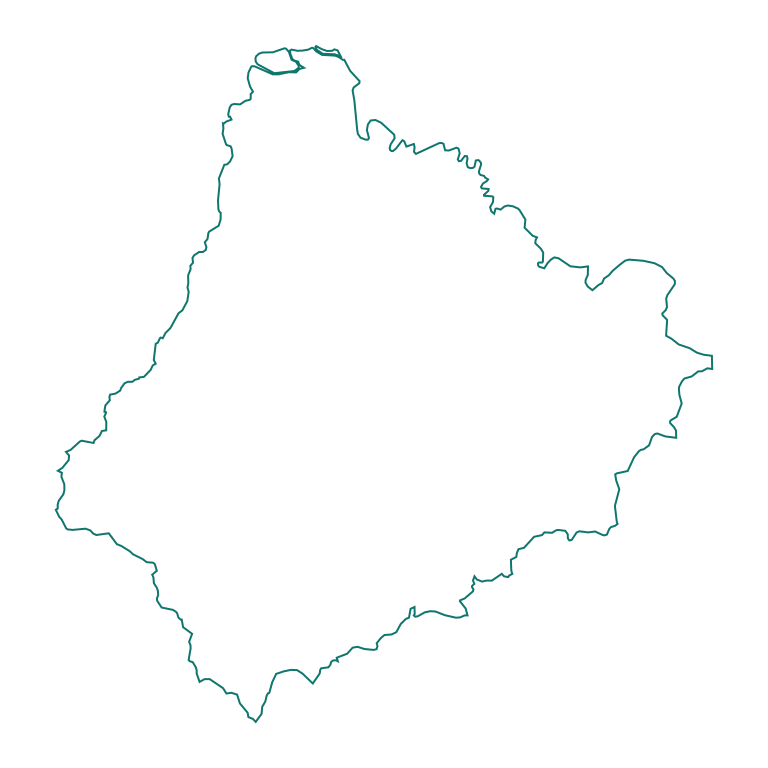 outline of Tosagua, Manabi, Ecuador
{"feature_id": "8360857B34654590669506", "entity_name": "Tosagua", "entity_type": "district", "adm_level": 2, "iso_a3": "ECU", "parent_name": "Ecuador", "parent_adm1": "Manabi", "projection": "albers", "projection_center": [-80.266, -0.776], "detail": "fine", "context": "isolated", "style": "outline", "palette": "teal", "viewbox_px": 768, "rotation_deg": 0, "n_neighbors": 0, "source": "geoboundaries", "source_scale": "gbopen_adm2", "svg_char_len": 6032}
<svg xmlns="http://www.w3.org/2000/svg" viewBox="0 0 768 768"><path d="M627.7,471.0L634.1,457.2L638.9,451.2L640.8,449.9L643.6,449.3L649.1,445.3L652.0,437.0L654.9,434.0L657.4,433.5L665.2,436.4L676.2,437.8L676.0,430.6L674.2,427.4L670.2,423.1L670.0,421.6L670.7,420.4L676.7,416.8L681.7,403.5L679.4,394.9L678.9,388.9L679.1,386.9L681.8,381.6L684.4,378.5L691.6,376.5L698.2,371.4L701.9,371.3L707.4,368.3L712.2,369.0L711.9,355.8L703.5,354.7L697.0,352.7L689.7,348.2L678.8,344.5L671.6,338.8L666.1,335.7L667.1,320.6L666.9,319.6L662.6,315.3L662.3,313.5L665.6,310.2L667.0,307.2L666.2,298.5L667.4,295.1L674.8,284.2L674.9,280.9L673.4,278.6L666.6,272.9L662.1,267.1L654.5,263.2L643.4,260.8L629.1,259.6L625.1,260.7L619.6,264.9L612.7,270.8L608.9,275.2L604.0,278.6L602.2,283.0L598.8,284.8L592.4,290.2L587.7,286.5L585.5,282.7L585.6,280.1L587.8,274.9L588.0,266.4L580.4,267.4L570.4,266.3L558.6,258.3L554.4,257.4L551.0,259.5L547.4,263.3L544.3,268.3L539.1,266.7L538.1,265.2L538.0,263.4L538.7,262.5L542.2,262.5L542.9,261.5L543.2,252.6L540.9,248.7L535.3,243.3L535.6,240.1L537.0,237.4L532.7,235.8L524.6,227.7L525.4,219.6L519.6,210.2L518.2,208.7L513.0,206.3L507.7,205.5L504.4,206.5L500.6,209.6L497.0,208.5L495.5,208.8L494.2,213.7L491.4,211.4L490.1,207.1L493.0,202.0L493.3,197.1L492.4,196.4L484.0,195.7L484.0,194.8L488.4,190.8L488.6,189.0L481.8,188.4L481.0,186.9L482.9,183.6L487.1,180.8L488.1,179.4L485.1,177.6L484.1,175.9L480.6,175.0L479.2,173.5L478.9,171.5L481.1,164.4L481.0,163.0L479.3,160.7L478.3,160.1L475.8,160.5L474.5,166.7L473.2,167.8L470.5,168.2L467.8,167.2L466.6,163.3L467.5,158.6L466.9,156.2L464.8,156.0L461.0,160.9L458.9,161.2L457.8,159.4L459.7,153.4L458.5,148.6L456.5,147.7L448.9,150.5L445.1,150.3L443.5,143.8L441.6,143.0L439.2,143.1L415.9,153.9L414.0,151.8L414.6,147.2L413.8,144.0L406.4,146.6L404.2,141.2L402.4,140.2L396.0,148.6L392.9,151.1L391.4,151.0L390.0,149.8L389.7,147.9L390.7,144.3L394.6,138.3L394.2,134.7L381.2,122.8L375.5,120.0L370.6,120.5L367.9,124.5L366.9,130.0L368.9,137.8L368.5,139.0L367.8,139.7L365.8,139.7L360.5,137.7L357.9,133.9L357.2,130.0L354.3,100.1L352.6,90.5L353.7,87.4L359.3,83.2L359.6,81.2L350.1,70.8L344.3,59.8L342.9,59.9L338.7,57.0L335.0,55.6L322.1,54.9L316.2,51.4L313.4,48.1L311.9,47.8L308.3,49.6L302.3,50.6L297.4,50.8L291.6,49.6L290.0,50.5L290.4,53.9L292.4,59.1L294.5,60.6L298.1,61.6L299.5,65.0L304.0,67.8L299.6,68.9L296.1,72.4L288.8,72.2L278.7,74.3L272.7,74.3L254.5,66.3L251.9,66.2L251.1,67.0L248.5,72.5L247.7,78.3L250.1,86.7L253.0,91.7L250.7,94.0L250.7,98.8L249.6,99.9L245.4,100.8L240.1,104.4L234.1,104.0L231.5,104.8L229.7,107.5L228.2,114.3L228.8,116.7L230.1,116.7L231.5,119.6L226.0,121.7L223.7,123.7L223.0,123.3L223.4,128.5L222.6,133.8L226.0,144.1L226.6,145.0L230.6,146.3L231.6,148.7L232.6,156.2L230.1,161.4L227.2,164.3L224.3,164.8L218.9,178.5L219.6,184.1L218.0,200.5L218.4,209.3L219.2,211.4L220.7,212.9L220.6,219.5L218.7,225.7L209.2,231.6L208.4,233.0L207.5,239.0L204.8,242.3L206.4,247.0L205.8,249.9L202.9,252.0L199.1,252.0L194.0,255.4L192.5,258.0L193.0,262.7L190.3,265.9L190.6,269.2L188.1,275.4L188.3,283.6L187.5,287.4L188.7,292.0L187.3,301.1L182.4,310.3L178.5,313.3L170.4,328.1L165.6,332.8L162.7,338.3L160.8,337.6L159.9,338.2L157.9,342.6L155.7,343.8L153.8,360.0L155.7,363.7L152.7,365.5L150.7,369.8L143.9,376.9L139.3,377.4L138.9,378.7L134.6,379.9L132.4,381.8L127.8,381.8L124.5,383.3L120.9,388.4L120.3,390.5L115.5,393.6L110.1,394.6L109.4,397.1L109.8,400.3L105.4,405.4L104.5,410.6L104.5,411.8L105.6,411.8L106.1,412.7L104.3,416.6L106.3,421.9L106.2,430.3L101.9,431.0L99.5,436.0L94.6,440.1L93.5,443.0L81.7,440.7L79.9,441.5L70.6,449.9L66.0,451.9L69.1,455.6L68.7,460.1L62.4,467.8L57.9,470.8L61.9,472.8L61.4,476.8L64.3,484.2L64.4,490.4L63.3,494.4L58.8,500.7L57.7,504.5L57.7,508.5L55.8,509.8L59.2,516.8L61.6,519.4L66.1,528.2L67.5,529.4L72.6,529.9L85.5,528.7L90.3,530.4L93.2,533.6L96.3,535.0L108.8,533.3L116.9,544.2L121.4,546.0L129.9,551.3L133.0,554.3L142.7,559.1L146.7,562.2L153.1,562.7L154.8,564.1L156.8,570.8L152.2,574.7L153.4,577.3L153.9,583.2L156.8,587.7L157.9,590.9L158.2,595.0L156.9,598.5L157.2,600.8L161.6,607.5L173.0,609.9L175.8,611.7L177.1,613.1L178.4,617.5L180.5,619.5L181.7,619.5L183.1,627.2L192.1,633.8L189.1,641.9L190.5,645.2L190.6,648.5L188.6,660.1L189.9,661.3L192.7,662.1L195.8,667.3L196.6,669.8L196.7,673.6L199.6,681.9L204.6,679.1L209.7,679.1L223.1,688.2L226.4,693.5L231.4,692.8L237.1,694.6L239.9,703.4L247.6,712.7L248.4,717.1L252.9,718.9L255.7,721.9L261.6,713.8L262.2,706.9L265.3,701.5L266.7,695.6L268.0,693.3L269.3,692.9L272.2,682.3L276.2,673.9L283.6,671.4L290.9,669.9L297.0,670.1L302.4,673.5L312.8,683.5L319.7,673.5L320.2,669.9L321.2,668.3L328.4,667.3L330.4,664.7L331.1,662.0L333.2,660.4L336.1,660.3L337.8,661.2L336.7,657.7L347.2,653.7L352.6,647.7L357.6,646.8L364.4,649.0L373.7,649.9L376.5,649.2L377.5,646.2L376.7,643.2L381.0,637.9L384.5,635.0L391.5,634.5L396.3,632.2L400.8,623.9L405.8,619.0L409.0,617.6L410.6,608.8L414.5,607.0L414.7,614.0L413.8,615.5L415.2,616.7L417.7,616.3L424.9,612.3L430.4,611.2L435.4,611.5L444.9,615.2L456.0,617.7L460.1,617.4L464.7,615.4L467.5,615.4L465.7,608.6L459.9,601.2L460.1,600.3L464.6,598.5L473.0,591.3L473.4,589.2L471.9,587.0L472.1,585.9L474.3,583.9L473.0,580.5L474.5,576.3L476.8,579.5L482.2,581.6L486.2,580.6L491.9,580.6L501.8,573.8L504.0,576.3L508.2,577.1L509.2,575.5L512.3,573.9L511.3,570.7L510.9,559.7L516.3,557.0L516.9,552.9L518.5,549.2L524.0,547.8L534.1,536.8L542.0,535.1L544.4,532.4L552.1,532.8L556.1,530.3L558.0,529.9L565.2,530.8L567.7,534.1L567.9,538.4L569.4,540.5L571.7,539.9L576.6,532.5L579.3,531.3L588.3,532.4L595.1,531.5L602.9,535.1L604.5,535.4L607.0,534.5L609.1,529.2L610.8,527.2L615.2,525.7L617.6,523.9L616.8,521.9L614.9,505.9L619.3,489.3L616.2,480.5L615.2,474.4L616.7,473.4L627.7,471.0ZM274.3,73.2L294.4,71.0L298.8,67.7L298.6,65.7L295.9,61.7L291.6,59.8L288.9,51.9L286.1,48.7L284.5,48.3L272.8,52.3L262.5,52.5L259.1,53.6L256.2,56.2L255.5,58.0L255.7,61.5L257.6,64.3L274.3,73.2ZM316.1,46.1L315.5,46.8L316.6,49.6L322.7,53.8L334.6,54.3L340.7,56.3L337.5,50.3L334.3,49.4L332.2,50.8L327.1,51.0L321.9,49.2L316.1,46.1Z" fill="none" stroke="#0f766e" stroke-width="2"/></svg>